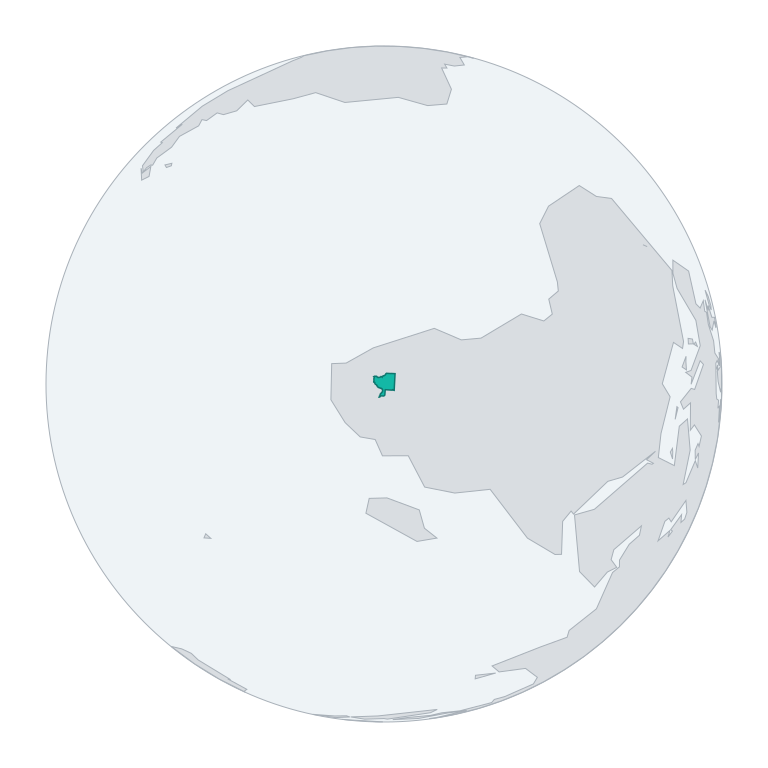 Kgalagadi on an orthographic globe, rotated 93°
{"feature_id": "BWA-2625", "entity_name": "Kgalagadi", "entity_type": "District", "adm_level": 1, "iso_a3": "BWA", "parent_name": "Botswana", "parent_adm1": "", "projection": "orthographic", "projection_center": [21.995, -25.1], "detail": "fine", "context": "on_globe", "style": "filled", "palette": "teal", "viewbox_px": 768, "rotation_deg": 93, "n_neighbors": 0, "source": "natural_earth", "source_scale": "10m", "svg_char_len": 6638}
<svg xmlns="http://www.w3.org/2000/svg" viewBox="0 0 768 768"><g transform="rotate(93 384 384)"><circle cx="384" cy="384" r="338" fill="#eef3f6" stroke="#a8b0b8"/><path d="M53.3,314.7L53.9,312.1L52.8,317.3L53.9,325.3L61.2,320.5L62.8,330.4L61.4,340.2L65.2,337.7L65.4,343.0L86.1,332.1L101.1,335.9L103.7,355.0L97.0,384.7L104.9,437.8L96.6,467.5L103.9,489.6L113.7,527.9L107.5,534.9L118.9,545.4L123.4,558.4L122.0,564.8L130.2,575.0L129.5,579.6L135.9,582.6L147.4,601.2L158.6,608.5L170.2,622.7L177.6,626.5L177.4,628.3L180.4,632.4L184.9,635.5L178.7,636.6L162.8,626.3L154.6,618.0L154.1,619.6L135.2,599.0L139.3,605.1L116.0,579.9L99.3,555.3L66.2,492.5L62.1,483.6L60.4,481.2L54.3,458.0L49.8,434.3L47.1,410.4L46.1,386.4L46.8,362.4L49.2,338.4L53.3,314.7ZM193.1,636.7L181.2,637.9L186.0,636.4L178.9,628.2L189.0,629.5L193.1,636.7ZM176.7,614.2L174.7,607.4L177.2,607.8L179.2,612.6L176.7,614.2ZM383.1,46.1L372.8,46.5L370.2,47.0L374.6,47.4L363.9,50.5L353.8,51.8L349.4,49.1L334.5,51.1L337.6,49.5L348.6,47.9L383.1,46.1ZM421.2,48.1L422.6,48.3L422.3,48.3L445.7,51.8L468.8,56.9L491.5,63.6L513.7,72.0L535.2,81.8L556.0,93.1L575.9,105.9L594.9,120.0L612.9,135.4L629.8,152.1L645.4,169.8L659.7,188.7L672.7,208.5L684.3,229.1L694.4,250.5L703.0,272.6L710.0,295.2L715.5,318.2L715.7,321.4L714.4,314.3L705.6,284.3L709.3,303.6L716.2,332.1L718.7,357.7L715.8,342.9L712.5,320.2L709.3,309.0L706.4,291.1L696.5,259.8L693.2,257.3L689.8,247.0L675.7,219.1L668.9,215.5L660.6,227.8L665.5,254.0L659.9,261.3L638.4,214.0L627.3,187.9L620.4,186.2L597.4,160.1L560.3,145.9L554.3,139.3L547.5,139.6L531.2,130.7L521.7,121.0L512.2,119.5L537.4,145.8L547.5,148.0L554.9,142.0L560.1,151.1L575.7,163.1L561.1,178.9L504.8,186.9L498.1,167.3L449.2,116.6L450.1,112.2L449.8,111.7L449.1,110.8L445.9,117.8L437.0,109.4L464.4,140.9L469.5,155.4L504.0,187.9L501.1,190.5L511.8,198.4L544.8,197.8L545.3,204.3L530.4,232.7L483.6,272.5L489.2,307.6L484.8,338.0L454.4,356.0L455.8,381.8L439.9,389.9L438.1,405.0L424.6,420.8L402.5,436.2L366.4,437.3L365.1,422.9L348.5,396.6L325.8,336.7L335.9,309.1L333.1,289.5L306.9,250.4L312.7,227.7L305.4,219.6L290.6,223.9L282.0,214.8L273.0,216.2L215.7,236.9L197.8,229.0L175.6,199.4L185.6,181.7L186.8,166.5L255.6,102.4L270.9,100.8L325.9,87.1L332.9,87.7L327.3,97.1L369.2,106.1L381.8,97.6L418.9,104.8L443.1,106.2L450.3,89.8L410.7,86.9L403.0,79.1L434.1,74.8L468.7,80.0L466.8,77.3L444.3,69.1L451.5,66.3L436.4,66.3L443.1,69.2L433.8,69.8L427.1,67.3L429.9,66.1L419.3,64.3L408.6,71.9L414.2,75.7L386.8,76.9L393.5,83.6L386.3,87.0L372.3,77.0L373.2,73.5L347.7,66.0L344.3,69.5L368.2,77.3L361.0,76.8L356.6,83.3L354.4,78.1L329.2,70.2L304.1,75.9L273.2,96.3L258.2,101.3L245.2,102.0L255.3,85.7L287.6,76.7L291.6,72.3L284.1,69.5L294.6,67.5L295.5,65.7L307.6,63.2L323.7,57.1L335.8,55.2L341.3,51.3L348.3,50.2L343.0,52.5L345.9,53.7L376.0,51.8L381.6,50.9L382.7,49.0L390.8,49.3L388.1,47.8L404.9,47.9L382.1,47.0L382.8,46.2L391.2,46.2L421.2,48.1ZM233.0,128.4L231.4,132.7L233.0,128.4ZM506.4,96.3L526.3,102.1L515.3,90.8L522.0,92.4L515.8,88.3L514.4,90.0L498.9,80.0L506.7,80.2L503.2,76.7L496.3,74.8L484.5,76.4L506.6,90.0L503.0,92.5L506.4,96.3ZM54.0,311.4L53.9,312.9L53.2,315.5L54.0,311.4ZM288.7,61.7L293.0,61.1L288.8,63.2L273.4,68.3L279.4,64.9L288.7,61.7ZM300.2,60.1L300.1,57.5L309.7,55.1L304.3,56.7L310.7,55.4L303.7,57.8L313.0,59.1L309.8,61.3L283.1,67.8L293.6,64.0L288.7,64.4L300.2,60.1ZM340.5,83.8L345.8,83.7L354.1,82.7L351.4,87.2L340.5,83.8ZM323.0,78.3L327.7,77.2L328.1,82.1L322.5,82.7L323.0,78.3ZM330.1,73.0L328.0,76.8L325.8,75.0L330.1,73.0ZM347.4,51.9L352.5,51.2L353.1,51.6L350.5,52.5L347.4,51.9ZM443.8,91.9L437.0,94.5L433.2,92.6L436.3,92.1L443.8,91.9ZM392.2,89.1L404.1,91.4L391.3,90.3L392.2,89.1ZM547.2,548.9L547.1,555.7L542.9,554.2L547.2,548.9ZM539.5,342.8L514.0,395.3L499.0,392.8L497.6,375.1L507.9,342.2L525.9,336.1L535.1,323.1L539.5,342.8ZM717.6,437.7L718.1,416.1L717.3,404.1L718.3,400.7L719.7,415.4L717.6,437.7ZM718.2,399.9L715.8,372.6L706.2,313.8L709.8,320.3L718.5,363.1L718.1,366.5L719.7,385.7L718.2,399.9ZM721.1,408.1L721.3,402.7L721.3,395.2L721.4,374.2L721.4,367.5L721.7,371.9L721.1,408.1ZM666.8,257.3L673.7,277.5L670.1,277.4L666.8,257.3ZM657.2,582.8L659.1,572.1L663.1,562.3L669.3,555.1L687.3,521.7L686.7,524.6L696.1,505.0L698.4,507.9L699.0,506.4L687.3,533.0L673.3,558.6L657.2,582.8Z" fill="#d9dde1" stroke="#a8b0b8" stroke-width="1"/><path d="M376.6,386.0L376.5,385.9L376.3,385.8L376.3,385.7L376.2,385.6L376.2,385.4L376.1,385.2L375.9,385.0L375.9,384.8L375.7,384.7L375.7,384.4L375.5,384.1L375.3,383.7L374.6,383.1L374.2,382.8L373.9,382.8L373.8,382.6L373.5,382.4L373.4,382.2L373.2,382.1L373.2,381.0L373.2,380.0L373.2,379.0L373.2,378.0L373.1,377.0L373.1,376.8L373.1,375.9L373.1,374.9L373.1,373.9L373.1,373.5L389.8,373.5L389.7,374.0L389.3,374.1L389.2,374.1L389.2,374.4L389.2,374.9L389.2,375.0L389.3,375.0L389.6,375.0L389.7,375.4L389.7,377.5L389.6,382.4L389.7,382.5L389.8,382.5L395.0,382.6L395.8,383.3L395.9,383.5L396.0,383.7L396.0,386.5L396.8,387.3L397.1,387.4L397.2,387.5L397.3,388.0L397.1,387.9L396.9,388.0L396.7,388.0L396.4,388.0L396.2,387.8L395.9,387.3L395.6,387.2L395.4,387.2L394.8,387.3L394.7,387.3L394.7,387.2L394.3,387.2L394.2,387.1L393.8,386.8L393.6,386.6L393.4,386.5L393.4,386.4L393.3,386.2L393.0,386.1L392.9,386.1L392.3,385.6L392.2,385.5L392.1,385.4L391.9,385.3L391.9,385.2L391.7,385.1L391.4,385.2L391.1,385.1L390.8,385.0L390.5,385.0L390.3,385.1L389.9,385.3L389.7,385.4L389.6,385.2L389.4,385.3L389.2,385.5L388.9,385.7L388.9,385.8L388.8,386.1L388.7,386.1L388.5,386.3L388.4,386.6L388.4,386.8L388.5,387.0L388.4,387.1L388.4,387.3L388.3,387.5L388.1,387.8L388.0,388.0L388.1,388.3L387.9,388.5L387.9,388.8L387.9,389.0L387.8,389.3L387.7,389.3L387.5,389.5L387.3,390.0L387.2,390.1L387.0,390.4L386.9,390.5L386.6,390.5L386.4,390.5L386.1,390.9L385.8,391.2L385.7,391.2L385.6,391.3L385.4,391.3L385.3,391.5L385.1,391.7L385.0,391.9L384.8,392.4L384.6,392.7L384.3,392.9L384.0,393.1L383.7,393.2L383.2,393.2L383.0,393.3L382.9,393.3L382.8,393.5L382.9,393.8L382.8,394.1L382.7,394.1L382.4,394.4L382.1,394.4L381.8,394.3L381.4,394.3L381.1,394.2L380.8,394.2L380.3,394.3L380.1,394.3L379.6,394.4L379.4,394.4L378.7,394.3L378.5,394.1L378.3,394.0L378.0,394.1L377.8,394.2L377.6,394.3L377.3,394.5L377.2,394.6L377.1,394.4L376.9,394.2L376.7,393.8L376.7,393.6L376.7,393.4L376.8,393.0L376.8,392.9L376.7,392.6L376.6,392.4L376.7,391.9L376.8,391.9L376.9,391.7L377.0,391.7L377.1,391.4L377.4,391.0L377.6,390.8L377.6,390.5L377.9,390.2L377.7,389.8L377.7,389.6L377.7,389.2L377.6,388.7L377.5,388.4L377.4,388.3L377.3,388.2L377.2,387.8L377.2,387.7L376.9,387.5L376.9,387.4L377.0,387.3L377.0,387.2L376.9,387.2L377.0,386.9L376.9,386.8L376.7,386.6L376.7,386.4L376.9,386.2L376.7,386.2L376.6,386.0Z" fill="#14b8a6" stroke="#0f766e" stroke-width="1.5"/></g></svg>